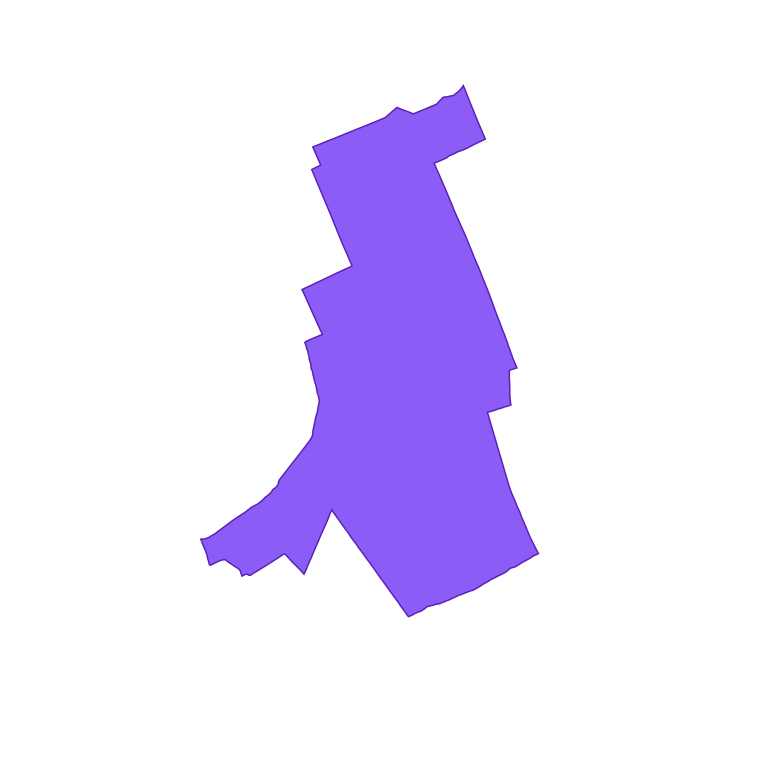 Apele Vii, Dolj, Romania, rotated 321°
{"feature_id": "2599482B31738911385156", "entity_name": "Apele Vii", "entity_type": "district", "adm_level": 2, "iso_a3": "ROU", "parent_name": "Romania", "parent_adm1": "Dolj", "projection": "albers", "projection_center": [24.043, 44.082], "detail": "fine", "context": "isolated", "style": "filled", "palette": "violet", "viewbox_px": 768, "rotation_deg": 321, "n_neighbors": 0, "source": "geoboundaries", "source_scale": "gbopen_adm2", "svg_char_len": 6147}
<svg xmlns="http://www.w3.org/2000/svg" viewBox="0 0 768 768"><g transform="rotate(321 384 384)"><path d="M624.6,230.9L628.0,219.5L630.7,211.1L632.9,203.9L633.4,202.0L631.8,202.6L629.3,203.1L626.9,203.5L625.4,203.5L622.9,203.5L619.4,203.4L617.8,202.5L616.2,201.7L614.2,200.8L612.7,199.8L611.2,198.8L610.7,198.5L610.0,198.4L609.1,198.6L605.2,199.0L601.0,199.7L593.4,197.4L590.6,196.7L583.2,194.4L576.8,192.6L575.9,190.8L573.8,187.2L570.3,181.3L568.2,177.4L568.1,177.2L567.8,177.2L552.9,177.7L550.3,177.1L539.0,173.7L520.0,167.9L503.8,163.0L497.8,161.2L494.0,159.9L490.9,159.0L480.2,155.7L477.8,155.0L476.3,160.7L473.5,170.8L472.6,173.7L472.5,174.0L462.8,171.8L461.7,175.7L458.3,187.1L449.4,217.8L446.5,227.3L443.0,238.6L440.7,246.2L434.2,269.8L433.4,272.2L426.7,270.5L418.1,268.3L405.6,265.3L381.3,259.4L379.7,259.0L378.9,262.5L375.5,275.3L373.3,283.6L369.6,297.7L368.5,301.8L367.4,306.7L357.3,303.7L351.7,302.2L350.6,301.8L350.4,301.8L350.4,302.2L348.5,301.9L347.7,305.0L346.5,307.2L346.0,308.2L345.8,309.6L344.2,312.8L342.7,316.0L342.5,316.6L342.1,316.8L341.5,317.6L340.7,319.8L339.4,322.8L338.9,323.7L338.1,324.5L337.0,326.3L336.7,328.2L335.6,330.5L335.3,331.0L334.8,331.9L334.0,333.6L333.9,334.1L333.7,334.5L333.5,334.9L333.2,335.1L332.0,337.9L331.1,339.8L330.7,341.2L329.9,342.8L329.1,344.3L328.8,345.0L328.7,345.1L328.2,345.9L327.7,346.7L327.5,347.3L326.7,348.5L326.4,349.1L326.3,349.9L326.1,350.4L325.5,351.9L324.3,354.2L323.8,355.2L323.4,356.0L322.7,356.8L321.8,357.6L320.6,358.5L318.5,360.3L315.0,363.5L313.5,364.6L312.3,365.3L310.6,366.5L309.2,367.5L308.2,368.5L306.9,369.5L304.5,371.4L302.8,372.8L299.2,375.8L297.6,377.6L295.4,379.4L291.7,380.9L286.0,382.4L278.3,384.3L267.6,386.8L242.5,392.6L241.4,393.1L239.8,394.3L239.2,394.9L238.4,395.5L236.6,396.0L234.8,396.3L233.8,396.3L231.6,396.1L231.0,396.1L228.9,396.9L227.3,397.3L226.0,397.4L222.9,397.5L221.6,397.3L220.0,397.3L218.4,397.6L216.1,397.9L212.3,397.8L210.0,397.7L206.9,397.1L203.7,396.4L195.6,396.3L188.3,395.5L179.9,394.8L169.6,394.4L164.5,394.2L160.7,394.1L158.1,394.0L157.2,393.8L154.8,393.4L152.9,393.2L150.9,392.9L149.7,392.5L148.4,392.1L147.6,391.8L147.3,391.6L146.3,391.0L145.4,390.2L144.0,389.3L143.1,392.0L141.4,397.2L140.7,400.0L139.7,403.1L138.8,405.5L138.0,407.2L137.4,407.9L136.7,409.8L135.6,412.3L135.2,413.1L134.8,414.0L134.6,414.7L134.6,415.1L134.9,415.5L135.2,415.7L135.7,415.7L142.4,417.3L144.5,417.8L145.5,418.1L147.3,418.9L149.2,419.9L149.7,420.4L150.0,420.8L151.7,426.8L153.0,431.1L154.6,436.0L154.8,437.0L154.8,438.0L154.6,439.0L154.0,440.3L153.1,442.8L152.7,443.9L154.8,444.4L156.3,444.6L157.3,445.1L158.0,445.8L158.4,447.0L158.8,447.9L159.3,448.3L159.8,448.5L160.7,448.7L162.5,448.8L163.8,448.9L165.5,449.2L167.7,449.6L170.3,449.8L172.1,450.1L182.1,451.3L191.5,452.4L198.1,453.0L199.2,453.3L199.8,453.7L200.1,454.1L200.2,455.5L200.5,462.0L200.6,463.9L201.2,468.9L201.4,469.7L201.3,470.5L201.5,471.7L201.7,473.9L202.0,477.4L202.0,478.7L202.1,481.5L204.1,480.5L205.6,479.7L206.6,479.3L208.1,478.5L211.7,476.4L214.1,475.3L216.0,474.2L218.4,473.1L222.3,470.9L231.6,466.1L237.9,462.7L254.0,454.5L262.0,450.0L264.1,448.9L262.6,473.2L262.6,475.3L262.4,477.8L262.1,480.4L262.0,481.8L261.9,483.4L261.8,485.2L261.7,489.5L261.5,492.7L261.5,493.8L261.5,494.1L261.3,494.6L261.2,496.1L261.2,496.5L261.3,496.8L261.2,497.1L261.1,499.1L261.0,502.4L260.7,505.4L260.7,506.7L260.6,508.0L260.6,509.0L260.5,510.4L260.5,512.1L260.5,513.7L260.3,515.6L260.1,516.9L260.2,517.8L259.4,530.0L259.1,533.9L259.1,536.6L259.0,537.9L258.9,538.9L258.8,540.5L258.7,541.5L258.7,542.7L258.6,543.2L258.5,543.6L258.6,544.1L258.5,545.2L258.4,546.9L258.1,553.1L257.9,557.6L257.8,560.2L257.6,563.6L257.3,565.8L257.2,567.3L257.0,574.2L256.9,575.4L256.7,576.6L256.6,578.0L256.5,578.8L256.6,579.7L256.7,580.3L257.6,580.5L259.4,581.1L261.4,581.5L262.7,581.7L264.0,581.8L265.8,582.3L267.2,582.9L268.8,583.4L270.2,583.8L271.0,584.0L271.8,584.0L272.5,584.0L273.7,584.2L275.8,584.2L276.4,584.1L277.0,584.2L277.7,584.4L278.2,584.5L279.6,585.2L283.0,586.9L284.0,587.2L284.8,587.5L285.5,587.7L286.3,588.2L287.3,588.8L288.3,589.4L289.2,589.9L290.1,590.1L292.5,590.8L294.2,591.4L295.6,591.7L296.5,591.9L297.5,592.3L298.3,592.6L299.7,593.0L302.1,593.5L303.8,594.0L305.5,594.5L306.4,594.7L307.6,594.9L308.4,595.1L309.2,595.3L310.1,595.7L311.6,596.2L313.2,596.7L315.4,597.4L319.3,598.7L321.8,599.5L322.8,600.1L323.8,600.2L324.8,600.7L325.7,600.8L327.4,601.0L332.6,601.8L334.5,601.9L336.7,602.2L340.4,603.0L342.2,603.1L343.6,603.1L344.5,603.3L348.9,604.4L351.8,605.0L357.0,606.2L360.2,606.8L362.4,606.8L363.8,606.7L365.2,606.6L366.1,606.8L367.2,607.0L368.8,607.8L370.8,608.6L371.7,608.8L372.8,609.0L374.3,609.1L379.2,609.7L385.1,610.8L389.2,611.4L390.2,611.4L392.3,611.8L392.9,611.9L393.4,612.0L394.5,612.4L395.2,612.5L397.3,613.0L398.2,608.6L399.7,601.6L400.7,596.7L402.0,592.2L403.2,587.8L404.2,585.0L404.9,582.1L406.3,577.3L407.3,573.8L408.1,571.4L409.0,568.7L409.6,566.3L410.2,563.8L411.2,560.5L411.8,558.6L413.1,554.1L413.9,551.3L414.6,548.8L416.0,544.7L417.1,541.7L419.7,535.5L422.3,529.0L424.6,523.8L427.1,517.8L432.7,504.2L435.6,497.4L441.0,484.4L443.7,478.1L446.0,472.5L446.7,470.9L448.4,471.9L450.3,472.8L451.8,473.4L452.7,473.7L454.3,474.3L457.1,475.3L458.1,475.7L459.8,476.5L460.6,476.8L463.8,477.9L465.9,478.9L468.4,479.8L469.4,480.2L470.9,477.7L472.3,475.5L473.3,474.0L474.7,472.0L477.2,468.8L478.4,467.3L482.8,461.6L484.0,459.8L486.8,456.2L488.8,453.8L489.9,452.3L490.0,452.2L495.5,454.3L497.4,455.1L500.6,444.1L501.3,442.5L501.8,440.9L502.6,438.9L502.7,438.2L502.9,437.9L503.1,437.6L503.4,436.4L504.0,435.1L504.0,434.8L504.2,433.6L504.6,432.5L505.0,431.7L506.2,428.9L507.1,425.9L508.8,421.3L510.2,416.3L511.1,413.9L514.4,403.7L516.2,398.2L517.5,394.4L518.9,390.4L519.7,388.2L523.4,377.0L528.5,360.6L530.5,354.3L532.1,348.4L533.9,342.2L538.6,326.8L541.4,317.2L545.9,300.1L548.1,292.2L549.2,288.9L552.1,278.9L553.8,273.3L559.4,253.0L561.7,244.7L562.0,244.0L564.9,244.8L571.5,246.8L575.8,247.8L578.0,247.6L578.7,247.8L580.8,248.4L584.8,249.5L585.9,249.5L593.2,252.0L597.1,253.0L606.6,255.0L614.9,257.0L616.9,257.4L622.5,237.7L624.6,230.9Z" fill="#8b5cf6" stroke="#5b21b6" stroke-width="1.5"/></g></svg>